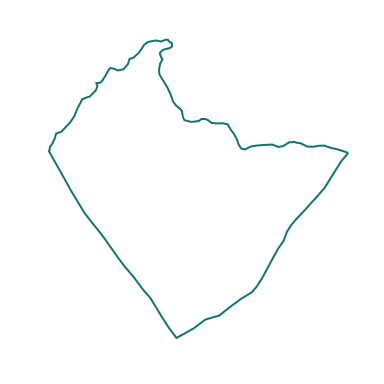 outline of Felo-Jekwi, Grand Kru, Liberia, rotated 99°
{"feature_id": "62588387B92809240343923", "entity_name": "Felo-Jekwi", "entity_type": "district", "adm_level": 2, "iso_a3": "LBR", "parent_name": "Liberia", "parent_adm1": "Grand Kru", "projection": "natural_earth1", "projection_center": [-8.409, 4.727], "detail": "fine", "context": "isolated", "style": "outline", "palette": "teal", "viewbox_px": 384, "rotation_deg": 99, "n_neighbors": 0, "source": "geoboundaries", "source_scale": "gbopen_adm2", "svg_char_len": 1760}
<svg xmlns="http://www.w3.org/2000/svg" viewBox="0 0 384 384"><g transform="rotate(99 192 192)"><path d="M338.6,184.5L335.0,179.9L327.5,170.4L326.4,169.0L316.3,159.3L312.8,152.4L309.8,145.9L298.1,135.0L290.1,127.1L281.6,117.2L275.2,113.2L265.9,109.2L259.8,107.0L250.1,103.7L234.7,98.2L225.7,93.8L216.7,92.1L209.4,89.0L202.6,84.9L191.8,77.4L184.2,72.6L176.8,67.7L167.1,61.6L158.9,58.2L146.9,53.1L137.9,49.2L129.6,44.2L128.6,45.1L126.9,56.8L126.9,60.7L125.5,68.6L126.5,74.1L128.3,79.0L129.1,85.4L126.9,92.3L126.9,96.6L126.5,98.9L128.0,104.2L132.3,108.9L134.0,113.7L132.6,120.3L134.3,128.3L135.8,134.5L137.7,140.7L141.7,146.4L141.5,150.0L138.0,153.2L132.6,156.2L127.7,160.0L124.9,163.0L122.4,165.2L119.6,167.3L119.3,172.7L120.5,178.9L120.7,183.5L118.6,187.1L117.8,190.1L118.4,194.2L120.6,196.1L121.8,199.4L122.9,204.1L122.2,210.7L119.5,212.7L113.9,214.5L111.7,216.7L109.4,220.9L105.8,224.7L99.2,228.2L93.3,232.2L88.4,236.2L84.7,239.5L80.7,242.7L75.9,243.7L69.9,243.5L65.8,241.8L63.8,243.5L60.2,245.5L58.9,245.1L56.3,242.9L54.8,240.2L53.5,236.6L51.4,234.5L48.4,235.0L46.3,239.0L45.4,239.7L45.5,241.3L48.2,246.2L48.0,251.7L50.8,259.1L54.0,262.3L58.0,263.9L63.1,266.4L68.8,271.3L70.3,274.5L75.5,275.2L81.5,278.9L83.6,284.4L82.4,288.4L82.4,292.2L85.0,293.7L89.8,295.3L92.7,296.6L96.5,298.2L98.6,299.9L99.5,303.5L102.1,302.0L106.4,302.8L113.7,307.9L115.5,311.6L117.5,314.8L120.1,315.7L126.7,318.0L135.8,320.2L142.7,323.4L148.0,327.1L152.9,330.5L155.5,335.3L160.8,336.0L166.5,337.7L169.5,339.3L173.0,339.3L173.9,339.8L182.2,333.3L195.9,322.4L210.6,310.9L230.0,294.5L248.2,274.6L256.5,266.4L269.3,253.9L275.9,247.1L279.8,242.5L285.5,235.9L296.0,225.2L303.2,216.6L320.7,201.7L323.7,199.0L329.5,193.8L338.6,184.5Z" fill="none" stroke="#0f766e" stroke-width="2"/></g></svg>